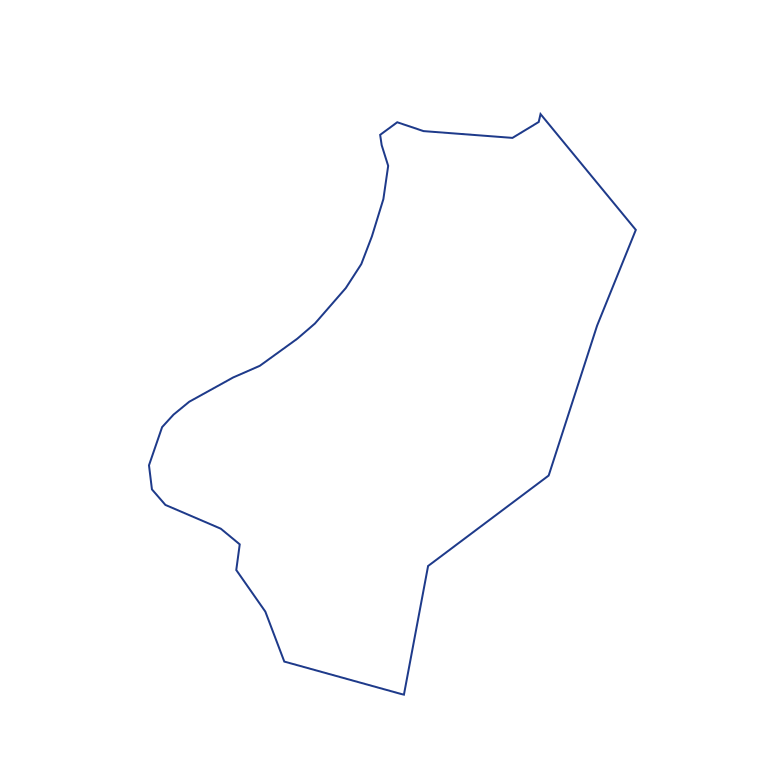 Bella Rosa, Castries, Saint Lucia (Mercator projection), rotated 283°
{"feature_id": "8701671B73008172575008", "entity_name": "Bella Rosa", "entity_type": "district", "adm_level": 2, "iso_a3": "LCA", "parent_name": "Saint Lucia", "parent_adm1": "Castries", "projection": "mercator", "projection_center": [-60.996, 14.008], "detail": "fine", "context": "isolated", "style": "outline", "palette": "blue", "viewbox_px": 768, "rotation_deg": 283, "n_neighbors": 0, "source": "geoboundaries", "source_scale": "gbopen_adm2", "svg_char_len": 582}
<svg xmlns="http://www.w3.org/2000/svg" viewBox="0 0 768 768"><g transform="rotate(283 384 384)"><path d="M85.8,470.6L85.8,473.3L216.6,467.9L331.8,565.0L333.6,565.2L488.8,578.5L590.8,594.7L682.2,475.8L674.1,475.8L652.7,453.8L639.3,365.6L642.0,338.0L625.9,324.2L616.2,328.0L597.5,339.0L564.0,341.8L525.1,339.0L495.7,334.9L468.9,325.2L427.4,303.1L408.6,289.3L373.8,258.9L356.4,235.5L322.9,198.2L306.8,185.8L292.1,177.5L251.9,173.3L229.1,181.6L217.0,198.2L206.3,257.5L195.3,279.5L169.5,281.9L135.5,319.6L91.1,349.3L85.8,470.6Z" fill="none" stroke="#1e3a8a" stroke-width="2"/></g></svg>